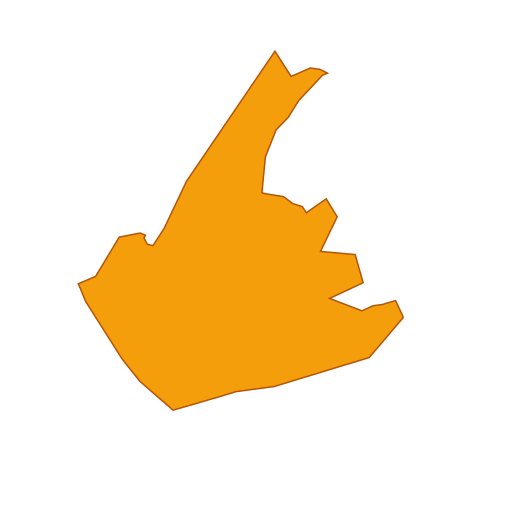 outline of Miquihuana, Tamaulipas, Mexico, rotated 232°
{"feature_id": "50627088B38800884895264", "entity_name": "Miquihuana", "entity_type": "district", "adm_level": 2, "iso_a3": "MEX", "parent_name": "Mexico", "parent_adm1": "Tamaulipas", "projection": "albers", "projection_center": [-99.777, 23.588], "detail": "fine", "context": "isolated", "style": "filled", "palette": "amber", "viewbox_px": 512, "rotation_deg": 232, "n_neighbors": 0, "source": "geoboundaries", "source_scale": "gbopen_adm2", "svg_char_len": 984}
<svg xmlns="http://www.w3.org/2000/svg" viewBox="0 0 512 512"><g transform="rotate(232 256 256)"><path d="M168.1,139.4L161.6,156.4L155.6,166.7L142.1,189.7L123.8,237.2L117.5,253.7L114.4,261.7L114.2,262.0L106.3,282.7L109.2,297.0L115.4,326.9L116.8,334.1L118.3,334.7L134.9,338.5L137.9,331.2L140.0,325.7L144.7,317.7L147.6,305.7L177.3,287.8L169.0,324.0L196.1,335.0L219.9,309.6L236.9,344.1L238.8,344.4L240.4,344.5L257.8,346.5L259.1,322.3L266.3,322.9L274.8,317.2L285.9,314.2L298.8,302.2L302.2,299.6L328.3,324.4L343.0,349.4L345.4,366.7L352.2,385.4L357.5,419.6L356.1,424.9L363.9,421.2L364.8,420.2L365.8,419.2L370.7,414.6L375.9,394.2L405.7,397.0L357.7,247.3L334.3,200.6L327.6,181.2L332.1,177.6L339.2,178.8L340.4,181.7L345.4,178.9L355.1,159.9L338.7,117.1L343.5,98.9L343.4,98.9L340.0,97.9L339.3,97.8L325.1,93.8L304.2,91.7L275.6,88.9L257.7,87.1L242.4,87.2L232.1,87.3L229.0,87.3L206.1,91.7L200.6,92.8L185.6,95.7L185.1,97.0L168.1,139.4Z" fill="#f59e0b" stroke="#b45309" stroke-width="1.5"/></g></svg>